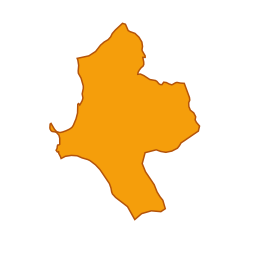 the border of Sinop, rotated 233°
{"feature_id": "TUR-2294", "entity_name": "Sinop", "entity_type": "Province", "adm_level": 1, "iso_a3": "TUR", "parent_name": "Turkey", "parent_adm1": "", "projection": "natural_earth1", "projection_center": [34.958, 41.65], "detail": "fine", "context": "isolated", "style": "filled", "palette": "amber", "viewbox_px": 256, "rotation_deg": 233, "n_neighbors": 0, "source": "natural_earth", "source_scale": "10m", "svg_char_len": 1779}
<svg xmlns="http://www.w3.org/2000/svg" viewBox="0 0 256 256"><g transform="rotate(233 128 128)"><path d="M50.8,78.3L65.5,80.3L80.0,76.3L84.7,75.9L86.8,76.5L90.4,78.3L94.8,79.7L111.6,80.6L118.2,79.9L124.9,78.0L127.0,76.9L131.8,73.3L136.4,70.7L140.2,66.3L143.1,60.9L143.9,56.2L145.7,56.8L149.3,57.4L150.9,58.3L151.2,57.3L151.8,57.1L152.5,57.2L153.5,57.2L154.4,59.1L155.8,60.4L156.7,61.5L156.1,62.7L156.1,63.7L160.9,67.3L163.8,68.5L167.5,68.2L168.8,67.4L170.9,65.3L172.3,64.9L174.2,65.2L175.4,65.9L178.0,68.2L178.0,69.3L171.2,68.5L168.0,68.8L165.3,70.9L164.2,73.3L163.1,76.8L162.3,80.5L162.2,83.5L163.0,85.9L166.5,91.9L170.3,96.7L177.2,102.2L177.2,103.3L175.4,103.3L176.2,105.3L177.4,107.9L179.1,110.1L182.8,111.9L186.5,116.1L188.5,117.6L196.0,120.5L201.6,121.3L203.6,122.6L207.7,126.3L212.4,128.8L214.2,129.3L209.2,140.1L208.6,148.2L210.7,156.0L211.0,160.6L210.5,165.3L211.2,169.0L212.9,172.3L213.9,177.0L214.9,186.6L212.4,188.4L205.8,186.8L203.3,187.8L203.2,188.0L199.4,190.5L193.9,191.4L188.3,190.8L184.4,188.7L182.2,186.4L181.1,185.8L175.3,185.1L174.1,184.2L175.5,182.3L171.3,180.3L169.3,178.9L168.4,177.4L168.2,174.6L167.4,171.7L166.3,169.4L165.0,168.1L163.6,170.4L160.3,172.2L153.6,174.6L149.4,178.5L147.9,179.1L144.6,179.3L143.3,179.9L142.2,181.2L143.1,184.1L141.2,186.0L138.3,187.4L136.2,188.9L135.9,190.0L135.6,192.7L135.3,193.9L134.7,194.8L132.4,196.8L129.8,199.8L115.3,195.4L113.1,194.1L111.7,191.7L108.5,189.5L104.7,188.5L100.5,189.6L96.2,188.8L94.1,186.5L91.3,186.0L86.5,186.3L83.2,182.3L84.2,161.4L82.9,158.3L82.1,155.3L83.2,149.1L85.8,143.6L89.5,140.1L93.6,137.4L98.0,126.8L91.0,117.9L82.5,115.6L67.0,114.8L59.4,112.7L53.9,112.2L49.3,112.3L41.1,109.2L41.4,103.9L47.8,96.8L51.4,87.4L50.8,78.4L50.8,78.3Z" fill="#f59e0b" stroke="#b45309" stroke-width="1.5"/></g></svg>